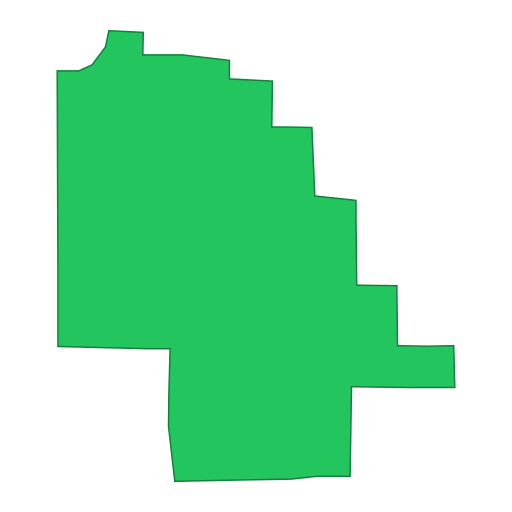 Monte Belo do Sul, Rio Grande do Sul, Brazil
{"feature_id": "56859067B3607200241980", "entity_name": "Monte Belo do Sul", "entity_type": "district", "adm_level": 2, "iso_a3": "BRA", "parent_name": "Brazil", "parent_adm1": "Rio Grande do Sul", "projection": "natural_earth1", "projection_center": [-51.645, -29.138], "detail": "fine", "context": "isolated", "style": "filled", "palette": "green", "viewbox_px": 512, "rotation_deg": 0, "n_neighbors": 0, "source": "geoboundaries", "source_scale": "gbopen_adm2", "svg_char_len": 593}
<svg xmlns="http://www.w3.org/2000/svg" viewBox="0 0 512 512"><path d="M108.9,30.7L105.5,46.9L92.1,64.8L78.7,70.9L57.2,70.9L57.9,264.0L57.9,346.5L146.7,348.7L170.1,348.7L168.9,392.4L168.5,426.3L174.8,481.3L245.0,479.9L291.0,479.1L317.1,476.3L350.1,476.3L351.5,386.7L407.9,387.5L428.7,387.5L454.8,387.5L453.7,345.7L428.1,346.2L397.5,345.7L396.8,285.7L356.7,285.2L356.0,217.2L356.0,200.4L314.8,196.0L311.9,127.5L286.3,127.0L271.8,127.0L272.4,81.1L229.4,78.9L229.4,60.4L182.3,54.9L168.5,54.9L156.7,54.9L142.8,54.9L143.3,32.4L108.9,30.7Z" fill="#22c55e" stroke="#15803d" stroke-width="1.5"/></svg>